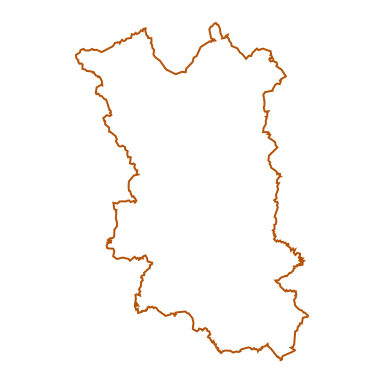 Coalcomán de Vázquez Pallares, Michoacán, Mexico
{"feature_id": "50627088B67136120570022", "entity_name": "Coalcomán de Vázquez Pallares", "entity_type": "district", "adm_level": 2, "iso_a3": "MEX", "parent_name": "Mexico", "parent_adm1": "Michoacán", "projection": "robinson", "projection_center": [-103.069, 18.673], "detail": "fine", "context": "isolated", "style": "outline", "palette": "amber", "viewbox_px": 384, "rotation_deg": 0, "n_neighbors": 0, "source": "geoboundaries", "source_scale": "gbopen_adm2", "svg_char_len": 5956}
<svg xmlns="http://www.w3.org/2000/svg" viewBox="0 0 384 384"><path d="M76.0,54.9L76.2,57.8L78.4,60.5L78.2,61.7L79.4,63.7L81.2,63.5L82.6,64.4L82.4,68.9L85.4,69.6L86.8,71.0L91.8,71.5L92.9,72.7L93.6,72.1L95.7,75.4L97.7,76.1L98.2,77.1L99.2,76.6L100.4,78.1L101.8,81.1L102.3,85.4L101.0,84.9L96.6,87.5L95.8,93.3L96.9,94.1L97.7,93.6L98.9,94.1L99.8,95.8L101.5,95.9L104.5,99.2L106.2,99.6L109.6,110.2L110.5,110.6L110.9,112.2L110.0,112.9L111.4,114.9L110.0,116.0L106.8,115.2L103.3,118.1L104.5,121.3L105.1,121.2L105.2,124.4L109.1,127.6L109.2,131.8L110.5,132.0L115.6,136.1L116.9,139.3L115.8,141.0L118.8,146.1L120.9,146.5L122.5,145.7L124.9,147.0L125.3,149.8L127.7,151.3L127.2,153.8L128.0,157.2L130.7,157.2L130.0,163.3L132.2,164.1L133.8,163.5L134.9,164.6L134.3,167.3L136.0,170.1L137.3,170.4L136.6,173.5L138.1,174.5L133.7,175.6L128.9,181.5L128.6,186.9L129.0,190.7L130.3,191.4L131.0,194.3L132.2,196.6L133.0,196.4L132.6,197.4L133.2,196.9L134.5,197.5L136.4,200.9L134.9,202.6L133.8,201.0L130.6,202.0L129.2,200.6L128.0,200.5L126.0,201.4L119.8,201.4L117.4,203.5L113.4,202.8L114.3,209.1L116.5,210.1L115.8,211.5L116.4,212.4L115.8,218.1L117.1,222.9L117.0,226.1L114.4,229.7L114.2,236.2L113.3,237.7L109.7,238.5L107.8,240.1L108.3,240.7L111.2,240.5L110.9,242.6L107.4,242.7L107.8,243.4L106.6,245.5L107.2,248.0L108.0,248.4L113.3,248.7L114.3,251.1L113.2,256.3L117.0,259.0L122.8,257.6L128.5,258.9L130.0,260.7L134.6,256.8L136.5,258.8L137.7,257.9L138.9,258.7L138.9,259.6L140.5,258.7L140.4,257.9L142.8,258.4L142.7,256.7L145.4,255.4L147.0,258.1L147.7,261.5L152.2,262.7L151.9,264.3L149.9,265.2L150.1,267.5L144.1,272.7L144.3,275.0L141.7,275.8L141.1,277.7L142.2,278.1L142.8,280.3L141.1,281.9L141.0,286.1L138.9,289.5L140.3,291.6L139.2,293.1L140.0,295.5L136.7,294.3L135.4,294.9L135.9,299.0L135.3,301.3L138.2,305.6L136.3,305.5L135.0,304.2L134.8,305.5L136.2,309.9L137.8,308.9L138.1,313.0L141.9,311.8L141.9,311.0L145.9,310.8L145.8,309.9L147.1,309.5L147.6,307.3L148.8,306.7L150.1,307.6L152.3,306.7L153.7,308.1L155.1,307.4L156.7,308.2L157.9,310.3L165.6,315.9L170.3,314.5L170.9,313.5L174.3,313.8L174.6,316.7L174.8,315.3L175.9,314.4L175.1,313.4L175.9,312.5L185.3,311.5L187.4,313.3L188.7,313.4L192.4,318.1L193.5,322.6L192.8,328.6L193.3,329.4L196.9,331.3L198.5,330.2L199.1,328.6L201.5,329.3L202.3,330.4L205.0,328.1L206.8,328.9L207.5,331.0L209.2,331.3L210.3,334.5L208.7,335.4L208.0,337.2L209.8,337.9L211.7,341.7L213.2,341.0L213.0,342.5L214.1,342.3L214.5,344.3L216.0,344.4L215.6,345.7L216.5,347.7L217.7,347.6L218.4,349.0L217.6,349.7L219.0,351.3L220.1,351.2L220.3,352.5L221.3,353.0L222.9,351.2L225.6,350.5L230.4,350.8L233.0,352.5L236.6,351.5L238.5,352.0L240.5,351.2L240.2,350.5L241.4,349.3L248.6,347.4L250.1,347.8L251.8,349.5L254.0,348.2L254.9,349.3L256.4,349.1L257.8,350.2L258.0,351.3L259.5,349.2L260.5,349.9L262.1,348.4L261.5,347.7L262.0,347.0L265.1,346.4L267.6,344.0L268.0,346.2L271.0,348.8L277.6,357.1L278.0,356.7L280.4,358.7L280.7,361.0L280.9,359.7L282.0,359.3L281.8,358.0L282.7,356.1L294.2,351.0L294.9,350.2L290.9,347.6L293.1,346.9L294.2,344.2L295.2,331.4L297.3,330.4L297.6,327.6L298.6,325.8L299.5,325.6L300.0,323.3L301.8,323.5L302.9,317.7L307.8,316.7L308.0,315.6L304.6,312.5L303.6,312.6L302.1,310.7L299.0,309.4L295.3,305.7L294.0,299.8L296.0,297.2L295.2,295.5L296.3,295.0L295.8,291.3L294.3,291.6L293.9,290.6L291.9,291.5L290.6,290.2L287.5,291.2L286.5,290.0L285.4,291.3L280.3,286.5L279.9,284.0L276.7,282.2L275.4,280.5L278.7,280.2L280.7,277.8L285.5,275.9L286.7,276.2L289.6,272.9L290.7,273.0L293.2,270.6L293.5,269.0L294.6,268.2L293.9,266.5L297.1,266.3L297.2,265.1L298.8,265.3L299.1,264.0L300.5,263.6L300.8,265.1L302.6,264.6L302.6,261.8L303.9,260.9L301.9,260.1L301.0,261.7L299.5,260.4L302.6,258.3L301.0,257.8L299.6,258.5L298.8,257.4L300.0,255.9L300.0,253.7L297.1,253.0L295.4,255.0L293.7,252.7L295.0,249.6L293.6,250.4L292.9,248.6L291.0,250.7L290.3,247.8L287.0,245.5L288.5,244.6L288.2,243.9L286.4,244.3L285.6,242.7L284.0,242.9L283.2,241.9L281.4,242.3L280.3,240.6L278.6,241.5L277.5,240.4L276.4,241.5L274.0,239.1L275.7,236.3L274.2,235.6L274.8,234.3L273.8,234.1L273.5,232.7L274.1,231.6L272.8,230.4L274.6,228.9L274.3,224.8L275.6,224.4L276.4,221.4L276.0,218.4L274.6,216.7L277.8,207.4L276.9,205.2L277.8,203.6L277.3,201.8L275.4,201.8L274.2,200.2L276.6,198.3L276.0,195.0L278.1,189.1L277.2,186.1L279.0,183.2L276.8,182.9L277.1,179.9L279.7,176.5L280.7,176.4L279.7,175.5L279.9,174.1L278.9,174.3L278.5,173.5L277.1,174.1L277.1,172.6L275.3,170.5L271.1,167.7L270.7,165.5L269.5,163.9L270.2,162.4L268.4,160.5L269.0,155.6L277.4,147.4L275.8,145.5L274.9,141.9L268.6,137.5L270.2,134.9L268.3,134.2L269.4,133.8L268.4,132.2L263.1,132.1L263.6,127.9L265.8,124.2L265.8,120.5L266.6,118.8L265.8,116.8L267.2,116.5L267.3,113.1L268.4,111.3L265.1,111.7L264.3,110.3L263.7,107.5L264.4,106.0L264.5,101.6L263.3,94.8L265.1,92.1L272.6,90.7L272.4,90.0L275.1,85.0L276.9,83.6L279.7,84.1L280.9,81.2L279.9,80.6L281.1,79.1L285.9,76.4L281.5,69.6L276.4,66.2L277.1,64.8L276.6,62.5L273.0,61.0L270.7,61.5L269.3,59.4L270.0,58.0L272.9,58.8L271.4,55.6L270.5,55.2L271.1,54.2L270.6,51.3L262.7,48.6L258.6,50.1L256.9,48.6L252.5,52.8L251.1,56.0L248.8,55.7L246.1,58.8L242.2,54.0L239.9,52.5L237.3,48.3L231.6,46.0L231.2,43.3L229.1,40.5L228.7,38.5L227.1,37.2L227.7,34.8L225.8,35.9L224.9,37.9L222.2,38.4L222.6,37.6L220.5,33.4L219.8,28.2L218.1,24.7L216.9,24.6L215.9,23.0L214.1,23.8L212.0,26.5L210.7,26.7L209.3,29.3L211.2,38.6L214.0,39.3L215.1,40.5L211.4,41.0L211.1,41.8L209.5,41.4L200.6,47.1L196.6,56.1L193.7,57.7L192.5,62.2L186.2,68.7L185.7,72.2L181.9,71.8L175.7,74.2L166.1,69.4L159.9,60.7L155.1,57.1L153.5,54.7L154.0,49.7L152.5,48.2L151.9,44.4L150.7,42.9L151.5,42.1L151.4,38.2L148.2,38.0L148.0,36.4L146.5,35.2L145.3,30.7L145.6,28.4L143.3,29.0L142.7,31.1L141.2,30.3L138.9,33.1L136.5,34.0L135.7,32.9L134.0,34.6L131.8,34.2L131.1,37.9L126.2,38.8L125.6,40.3L123.8,41.1L122.0,39.8L119.7,43.4L119.0,42.2L115.0,42.9L112.8,46.3L101.6,52.1L96.7,49.8L93.6,50.0L92.3,48.9L89.2,50.5L85.1,50.4L83.5,48.9L80.6,50.0L79.9,52.4L76.0,54.9Z" fill="none" stroke="#b45309" stroke-width="2"/></svg>